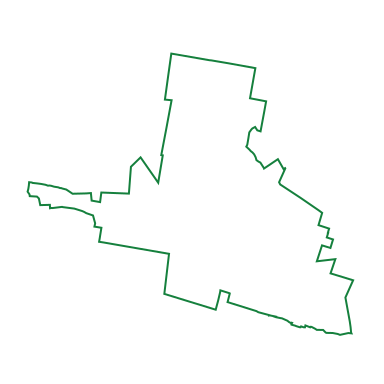 outline of Segarcea, Dolj, Romania, rotated 182°
{"feature_id": "2599482B73363688740019", "entity_name": "Segarcea", "entity_type": "district", "adm_level": 2, "iso_a3": "ROU", "parent_name": "Romania", "parent_adm1": "Dolj", "projection": "albers", "projection_center": [23.75, 44.087], "detail": "fine", "context": "isolated", "style": "outline", "palette": "green", "viewbox_px": 384, "rotation_deg": 182, "n_neighbors": 0, "source": "geoboundaries", "source_scale": "gbopen_adm2", "svg_char_len": 2016}
<svg xmlns="http://www.w3.org/2000/svg" viewBox="0 0 384 384"><g transform="rotate(182 192 192)"><path d="M217.5,329.6L219.9,306.8L222.3,283.4L215.6,283.0L219.8,255.0L224.0,227.8L222.5,227.6L226.1,200.1L244.6,224.8L253.9,215.1L255.0,188.2L282.6,188.3L283.5,178.7L292.0,179.9L293.0,187.4L297.7,186.9L304.3,186.5L311.3,186.1L315.3,188.6L317.8,190.1L321.5,190.9L323.1,191.4L323.9,191.3L325.9,192.0L330.0,192.5L333.0,193.3L334.7,193.5L336.2,193.3L338.6,194.1L343.2,194.8L347.3,195.2L351.6,195.5L352.4,195.9L355.1,196.1L355.3,192.6L355.7,189.3L356.3,186.6L354.3,183.9L354.0,182.2L346.8,182.0L344.8,180.2L343.2,173.6L333.6,174.2L333.3,170.8L332.2,171.1L331.6,171.1L330.8,171.1L321.3,172.6L320.7,172.4L309.0,171.3L301.0,169.1L299.0,168.3L297.0,167.2L290.1,165.1L287.7,157.3L288.3,154.0L281.3,153.1L282.5,143.5L282.5,143.3L283.1,139.0L278.8,138.5L212.8,129.4L216.1,89.2L164.2,75.2L162.0,84.8L160.4,92.8L160.2,94.7L150.8,92.1L150.7,91.9L152.6,83.2L123.4,75.2L121.6,74.2L110.3,71.6L110.4,71.3L109.9,71.4L105.0,70.6L104.5,70.5L104.9,70.2L103.6,69.8L98.8,69.0L97.7,68.9L92.2,66.7L91.0,65.8L90.3,65.3L88.9,64.6L88.0,64.9L87.4,64.7L87.8,64.0L88.1,63.2L88.0,62.9L84.2,62.0L82.9,61.5L79.5,60.6L78.8,60.6L78.3,61.5L75.7,60.7L74.4,60.7L74.0,62.6L69.2,60.9L68.9,61.4L67.9,61.4L64.3,59.7L62.5,58.6L56.1,58.7L53.5,56.2L52.7,55.9L46.5,56.0L41.4,55.2L39.1,54.4L30.8,56.5L27.7,56.3L28.1,57.1L28.8,62.5L29.8,68.1L35.0,91.9L27.9,109.4L50.7,115.5L46.4,129.9L64.8,127.1L60.2,143.2L51.7,140.9L49.4,149.5L55.7,151.3L54.5,155.8L54.8,155.9L53.7,160.2L64.4,163.3L61.2,175.7L64.9,178.2L83.1,189.8L104.1,202.6L105.3,204.8L99.6,218.8L99.8,219.1L101.3,218.1L107.3,227.8L120.8,218.0L120.9,218.3L124.7,223.8L126.6,224.7L128.7,226.1L129.6,228.9L131.2,231.8L133.0,233.7L134.6,234.8L136.1,236.4L139.3,239.2L138.4,241.2L137.6,247.1L136.8,253.6L134.8,256.6L133.9,257.6L131.2,259.2L128.9,255.9L125.6,255.0L122.6,274.9L121.1,285.2L137.3,287.7L133.0,318.0L160.0,321.9L177.2,324.2L179.1,324.3L217.5,329.6Z" fill="none" stroke="#15803d" stroke-width="2"/></g></svg>